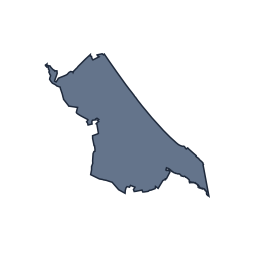 Tonalá, Chiapas, Mexico, rotated 198°
{"feature_id": "50627088B19211860628202", "entity_name": "Tonalá", "entity_type": "district", "adm_level": 2, "iso_a3": "MEX", "parent_name": "Mexico", "parent_adm1": "Chiapas", "projection": "mercator", "projection_center": [-93.916, 15.982], "detail": "fine", "context": "isolated", "style": "filled", "palette": "slate", "viewbox_px": 256, "rotation_deg": 198, "n_neighbors": 0, "source": "geoboundaries", "source_scale": "gbopen_adm2", "svg_char_len": 5026}
<svg xmlns="http://www.w3.org/2000/svg" viewBox="0 0 256 256"><g transform="rotate(198 128 128)"><path d="M149.1,72.1L139.4,70.7L136.1,71.2L135.5,71.1L132.5,71.5L126.3,71.5L117.8,66.4L110.6,65.0L111.3,67.8L111.4,70.5L110.8,72.0L108.3,72.2L107.9,74.2L103.1,73.9L103.2,73.2L103.8,71.1L103.7,71.0L102.5,69.5L101.0,70.2L95.5,73.3L94.2,71.7L93.2,72.0L89.4,73.9L89.3,74.0L88.8,74.6L88.4,75.3L86.8,76.1L83.5,78.7L83.5,79.2L83.8,80.9L80.7,79.9L78.6,88.8L77.5,89.9L76.5,90.3L76.8,91.3L75.8,91.6L74.5,99.1L75.1,100.3L75.3,100.4L75.5,100.4L75.8,100.2L76.1,100.3L76.1,100.0L76.9,100.1L77.4,99.8L77.6,100.0L78.1,99.6L78.3,99.8L79.0,99.8L79.1,102.0L78.7,101.9L78.1,102.1L77.7,102.1L76.8,101.8L75.9,101.8L75.0,101.3L74.4,101.2L74.1,100.8L73.4,100.6L73.2,100.4L73.1,100.5L72.9,100.5L72.6,100.4L72.5,100.2L72.3,100.1L72.2,100.3L71.3,100.0L70.2,99.6L69.3,99.8L69.2,99.7L68.9,99.6L68.3,99.6L67.6,99.8L66.4,99.7L66.0,99.8L65.8,100.1L65.5,100.1L65.2,100.2L64.4,100.1L63.6,99.6L63.4,99.6L62.9,99.2L62.7,99.2L62.6,98.9L61.9,99.0L61.4,98.9L60.7,99.1L60.2,99.0L59.3,99.4L59.2,99.6L58.5,99.4L58.1,99.3L57.9,99.0L57.3,99.0L56.4,98.8L55.9,98.5L55.3,98.3L53.9,97.7L53.7,97.4L53.4,96.8L53.4,96.6L53.2,96.6L53.1,96.3L52.8,96.2L52.6,95.9L52.9,95.4L52.9,95.2L53.0,95.2L52.8,95.1L52.8,95.5L52.5,95.9L52.3,95.7L52.3,95.3L52.1,95.3L52.3,95.7L52.2,95.9L52.1,96.0L51.8,96.0L51.3,96.1L51.0,96.1L50.6,96.1L50.5,95.9L50.4,96.0L50.2,95.9L50.1,96.2L49.6,96.2L49.4,96.3L49.4,96.2L49.2,96.2L49.2,96.4L48.8,96.4L48.7,96.3L48.3,96.5L48.0,96.4L47.7,96.5L47.7,96.2L47.6,96.4L47.2,96.4L47.2,96.2L47.1,96.4L46.9,96.1L46.7,96.1L46.4,96.4L46.0,96.3L45.8,96.2L45.7,95.8L45.8,95.7L45.5,95.8L45.8,96.1L45.4,96.2L45.1,95.9L44.9,95.8L44.9,95.7L44.8,95.4L44.8,95.5L44.7,95.6L44.8,95.6L44.6,95.6L44.4,95.5L44.2,95.5L43.9,95.3L43.9,95.1L44.1,95.1L44.0,94.9L43.8,95.2L43.5,95.1L43.2,95.1L42.9,95.0L42.8,94.7L43.1,94.4L42.9,94.5L43.0,94.6L42.9,94.6L42.7,94.5L42.7,94.3L42.5,94.1L42.6,93.9L42.5,94.2L42.2,94.1L42.2,93.9L42.2,93.7L42.4,93.8L42.6,93.5L42.4,93.5L42.1,93.7L41.8,93.9L41.5,93.8L41.5,93.6L41.4,93.7L41.2,93.5L41.2,93.4L41.2,93.2L41.4,93.1L41.4,92.7L41.3,93.0L41.0,93.0L40.9,93.2L41.1,93.4L41.0,93.5L40.9,93.4L40.6,93.4L40.4,93.2L40.5,93.0L40.5,92.9L40.4,92.8L40.5,92.9L40.2,93.2L39.6,93.2L39.6,92.8L39.6,92.7L39.6,92.9L39.4,92.7L39.5,93.0L39.4,93.2L39.2,93.2L39.3,93.3L39.2,93.2L38.8,93.6L38.7,93.6L38.4,93.7L38.2,93.7L38.1,93.4L38.0,93.5L37.7,93.4L37.6,93.6L36.8,93.6L36.4,93.4L36.3,93.2L36.3,93.3L36.1,93.2L36.0,92.9L35.6,92.8L35.6,93.0L35.3,92.8L35.1,92.3L34.6,92.1L33.9,92.0L33.8,91.8L33.7,91.9L33.6,91.7L33.7,91.4L33.6,91.2L33.4,90.9L33.4,90.5L33.6,90.4L33.4,90.4L33.2,90.1L32.6,89.1L32.4,89.1L31.8,88.7L31.2,88.4L30.9,88.3L30.6,88.4L30.5,88.2L30.5,88.4L30.0,88.2L45.1,115.9L45.0,116.7L45.6,117.1L45.9,117.9L46.4,118.1L47.3,118.7L48.7,119.3L49.5,119.6L50.8,120.3L51.3,120.8L52.0,120.9L52.4,121.2L53.6,121.4L53.9,121.7L54.6,121.9L54.6,122.8L64.0,126.9L64.4,127.2L65.1,127.5L65.5,127.1L65.7,126.4L65.9,126.2L66.2,126.1L67.6,126.9L67.7,127.1L68.0,127.4L69.0,127.9L70.1,127.7L70.6,127.4L71.0,127.4L72.9,127.5L73.8,127.6L75.1,127.9L77.5,128.8L85.2,132.3L93.6,136.6L108.6,145.2L121.7,153.5L127.5,157.4L130.4,159.6L130.8,159.7L131.9,160.4L132.3,160.9L138.7,165.2L143.7,168.7L155.0,177.0L165.9,185.2L173.4,191.0L174.0,190.0L175.5,190.6L180.0,188.0L179.5,187.4L177.5,186.8L182.4,181.9L182.7,182.0L182.9,182.4L183.7,182.8L184.0,183.4L184.4,183.8L184.5,184.3L184.9,184.9L185.2,184.9L185.8,184.7L186.1,184.8L186.5,186.2L189.7,180.5L194.4,171.3L195.1,169.4L195.8,168.2L197.3,165.1L197.4,163.9L197.7,164.3L197.9,164.3L200.0,164.0L201.3,162.6L202.4,160.2L203.5,159.0L206.4,156.5L207.3,155.8L209.5,153.9L209.6,153.6L210.3,150.6L210.6,149.6L212.4,149.9L212.2,157.7L212.2,157.9L213.2,160.4L214.7,160.0L215.1,159.5L215.6,160.0L216.1,160.0L216.5,160.3L217.2,160.3L218.5,161.0L218.8,161.2L219.1,161.3L220.2,161.9L221.0,162.8L221.8,162.9L222.5,162.6L223.4,162.8L224.0,162.7L224.5,162.9L224.8,163.2L224.9,163.8L225.7,162.6L225.9,162.5L226.0,162.3L225.9,162.2L225.6,162.1L225.6,161.7L224.7,161.3L224.0,160.8L223.4,161.0L223.0,161.3L222.8,161.3L222.3,160.6L221.9,159.5L221.4,159.2L220.9,158.5L220.5,158.3L220.3,157.9L220.6,157.0L220.5,156.7L220.0,156.1L219.6,155.9L219.4,155.6L219.1,155.1L218.9,154.9L218.7,154.7L218.4,154.6L218.0,154.3L217.8,153.7L217.8,153.2L217.7,152.9L217.8,151.8L217.7,150.6L217.6,150.1L215.8,148.6L213.8,147.3L210.4,146.7L209.4,146.3L208.8,146.0L205.1,145.9L204.5,144.7L201.0,140.0L198.9,136.6L198.4,136.0L198.2,135.4L191.8,131.1L191.2,130.5L182.3,132.0L182.0,127.0L181.5,126.4L179.7,125.7L176.7,125.0L168.8,123.6L168.6,123.3L168.6,122.9L169.3,121.1L168.2,120.5L166.9,118.5L163.4,120.7L164.4,122.8L164.2,124.4L160.9,125.9L161.6,126.5L161.4,126.8L160.5,127.7L158.5,127.1L159.3,126.0L157.9,125.1L158.8,123.9L159.6,122.2L158.9,122.2L154.5,113.8L155.0,113.1L159.3,109.7L158.4,107.1L154.8,100.7L154.3,100.7L152.8,97.5L152.3,95.6L153.1,95.1L153.3,92.9L151.5,85.8L150.6,83.5L150.7,80.4L150.8,80.3L149.7,76.8L149.1,72.1Z" fill="#64748b" stroke="#1e293b" stroke-width="1.5"/></g></svg>